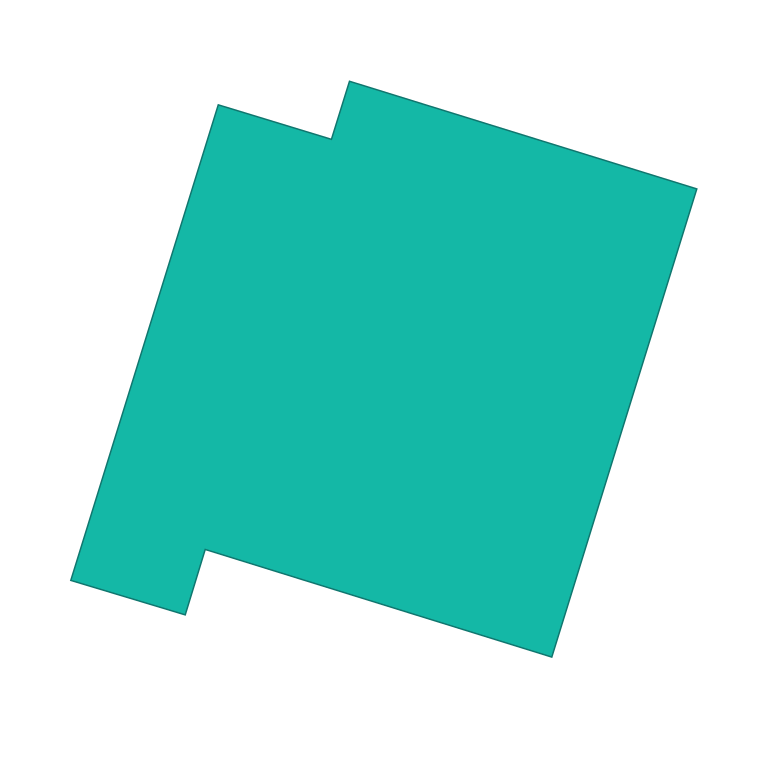 Sac, Iowa, United States of America, rotated 287°
{"feature_id": "52423323B56975486927627", "entity_name": "Sac", "entity_type": "district", "adm_level": 2, "iso_a3": "USA", "parent_name": "United States of America", "parent_adm1": "Iowa", "projection": "equal_earth", "projection_center": [-95.091, 42.386], "detail": "fine", "context": "isolated", "style": "filled", "palette": "teal", "viewbox_px": 768, "rotation_deg": 287, "n_neighbors": 0, "source": "geoboundaries", "source_scale": "gbopen_adm2", "svg_char_len": 291}
<svg xmlns="http://www.w3.org/2000/svg" viewBox="0 0 768 768"><g transform="rotate(287 384 384)"><path d="M662.0,626.1L663.4,262.5L602.6,262.2L602.5,143.9L104.6,141.9L105.1,261.4L173.5,261.4L171.9,624.3L417.0,625.1L662.0,626.1Z" fill="#14b8a6" stroke="#0f766e" stroke-width="1.5"/></g></svg>